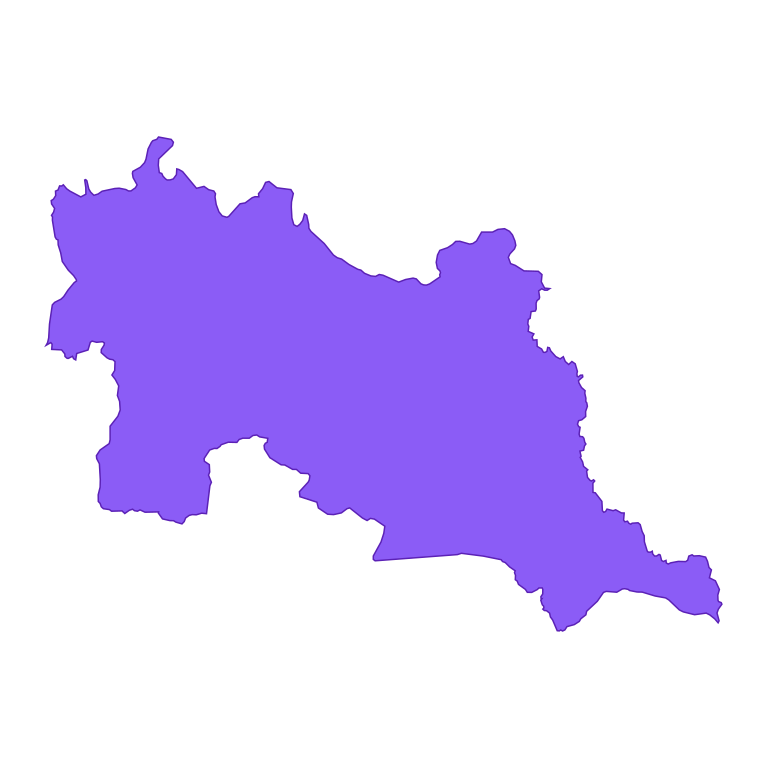 the district of Salemata, Kédougou, Senegal
{"feature_id": "50182788B75788529380727", "entity_name": "Salemata", "entity_type": "district", "adm_level": 2, "iso_a3": "SEN", "parent_name": "Senegal", "parent_adm1": "Kédougou", "projection": "robinson", "projection_center": [-12.812, 12.604], "detail": "fine", "context": "isolated", "style": "filled", "palette": "violet", "viewbox_px": 768, "rotation_deg": 0, "n_neighbors": 0, "source": "geoboundaries", "source_scale": "gbopen_adm2", "svg_char_len": 6064}
<svg xmlns="http://www.w3.org/2000/svg" viewBox="0 0 768 768"><path d="M63.3,184.8L61.8,186.0L59.6,185.9L58.0,190.0L55.5,191.1L55.7,195.6L53.4,199.2L51.2,200.6L51.6,204.0L54.6,208.4L53.6,212.1L51.5,215.4L52.5,216.9L52.4,220.2L55.1,236.9L56.4,239.2L58.0,239.9L58.2,244.9L60.7,252.9L62.3,261.5L68.3,270.2L73.6,275.6L76.3,279.6L76.5,281.0L74.2,282.6L68.0,290.1L63.7,296.6L61.1,299.1L54.6,302.4L52.3,304.9L49.5,324.0L48.7,337.8L47.6,342.6L46.1,345.3L50.8,342.6L52.1,344.2L51.7,349.4L61.6,349.9L64.8,353.9L65.0,356.5L67.1,358.3L68.3,358.4L72.5,356.3L73.6,358.7L75.7,359.9L76.7,353.5L88.0,350.0L90.3,342.3L92.1,341.1L96.6,342.3L102.5,341.7L104.4,343.0L104.1,345.1L101.3,349.5L101.2,352.6L107.0,357.8L109.7,359.2L112.9,359.7L115.0,361.6L114.7,370.5L111.9,375.0L115.3,379.4L118.7,385.9L117.4,395.5L119.6,401.4L120.2,410.0L117.9,416.2L110.1,426.2L110.1,439.8L109.2,443.6L100.1,450.0L96.4,455.7L96.7,458.6L99.4,463.8L100.3,479.7L100.1,487.2L98.2,494.8L98.3,501.5L100.1,503.4L101.3,506.8L103.4,508.7L109.5,509.6L111.5,511.2L122.0,510.9L124.8,513.5L129.3,510.3L132.6,509.2L134.5,510.7L137.5,511.2L140.0,509.9L145.0,512.2L158.6,511.9L158.3,513.0L162.5,518.9L169.9,520.6L173.6,520.7L175.8,522.1L182.0,523.9L184.2,521.6L185.6,518.0L189.2,515.4L192.2,514.6L196.3,514.8L201.6,513.2L206.5,513.7L209.9,485.7L211.4,482.3L208.5,475.1L209.7,472.0L209.3,464.6L204.4,461.3L204.1,458.6L205.3,456.7L209.7,450.0L214.2,448.4L217.0,448.5L220.0,446.4L221.2,444.7L228.3,442.2L236.9,442.4L239.1,439.5L242.8,438.2L249.3,438.2L252.9,435.5L256.8,435.0L259.7,436.9L267.8,438.3L267.2,442.3L265.3,443.3L264.1,445.5L264.5,449.1L269.9,457.7L281.1,464.8L284.8,465.0L292.6,469.4L296.4,469.4L300.7,473.2L308.2,473.6L309.9,475.8L309.2,480.2L308.1,482.2L299.4,491.7L299.9,496.7L316.9,502.2L318.4,508.0L327.6,514.2L333.6,514.6L341.4,512.9L347.0,508.7L349.7,507.9L362.4,518.0L367.1,520.5L370.4,518.4L374.4,519.1L384.8,526.2L383.8,533.3L381.0,542.0L373.3,556.0L373.3,559.4L375.1,560.8L457.4,554.6L461.4,553.3L483.3,556.1L501.2,559.7L502.5,561.5L505.3,562.6L509.7,567.0L515.2,570.8L514.5,572.6L515.5,575.3L515.3,579.7L517.2,581.1L518.5,584.4L525.4,589.4L527.3,592.3L531.7,592.4L537.2,589.6L538.9,588.0L542.1,587.9L542.8,589.3L542.7,594.0L540.9,596.7L541.1,598.8L541.9,598.7L540.8,600.2L542.3,604.8L543.6,606.1L543.9,607.9L542.8,609.1L544.3,610.5L546.5,610.7L549.6,613.1L550.4,616.9L552.7,620.1L557.2,630.7L559.3,630.9L560.7,630.0L562.6,631.0L564.9,629.9L567.0,626.6L574.3,624.6L579.3,621.4L580.8,618.8L585.9,614.8L586.6,611.3L597.3,601.3L603.5,592.4L606.2,591.4L616.8,592.2L622.3,589.0L624.7,588.7L628.2,589.4L629.5,590.5L637.1,592.0L642.2,592.1L655.1,596.0L665.6,597.9L668.8,599.9L679.3,609.9L683.3,611.9L694.6,614.7L706.2,613.1L709.8,614.9L714.7,618.8L718.1,622.8L719.1,620.8L717.0,613.0L718.4,609.1L721.9,604.2L721.2,602.6L718.6,601.6L718.0,600.4L717.8,595.1L719.4,589.5L715.4,580.8L709.4,577.8L711.4,569.9L709.0,567.5L707.5,561.3L705.6,557.1L699.3,555.7L693.8,556.0L692.1,554.8L688.8,556.1L687.7,560.2L685.7,561.6L678.3,561.4L670.8,562.8L668.2,564.0L666.3,563.0L666.0,560.4L663.3,561.5L661.6,560.5L660.2,555.0L659.0,554.4L656.6,556.0L654.5,556.0L652.6,553.7L652.3,551.2L650.4,552.2L648.2,552.1L647.2,551.0L644.4,541.8L644.2,535.7L642.1,531.4L640.2,524.6L638.1,522.8L632.1,523.2L630.8,524.2L628.9,523.3L627.5,521.2L624.9,521.8L623.6,520.2L624.2,513.0L621.3,512.9L615.7,509.8L613.1,510.7L607.0,509.1L605.6,511.5L603.8,512.3L602.4,510.7L601.9,501.4L595.3,492.8L593.0,492.4L592.9,483.2L594.7,481.0L593.6,479.8L591.4,481.0L590.1,480.4L587.5,477.4L586.6,471.1L587.8,469.8L583.6,466.4L582.6,461.9L580.2,457.4L581.1,456.3L579.9,451.1L583.6,450.2L584.5,445.9L585.9,444.0L584.8,442.3L583.9,438.3L582.6,436.7L579.9,436.5L579.1,434.1L580.1,427.3L578.7,426.6L577.5,424.2L578.6,420.7L581.8,419.8L585.7,416.5L585.6,411.5L587.4,406.3L586.8,402.9L585.8,401.5L585.9,398.2L584.8,393.2L585.1,390.7L581.5,387.5L578.9,382.8L578.5,380.6L582.8,376.9L582.5,375.1L580.4,375.2L578.4,376.9L577.2,376.3L576.9,373.6L577.4,371.4L575.2,363.8L571.9,361.5L568.7,364.5L565.3,361.5L563.3,356.7L560.1,358.9L555.8,356.6L550.8,351.0L549.4,347.8L547.7,347.4L546.9,351.4L545.1,352.4L543.4,352.3L541.6,349.0L537.2,346.4L536.9,339.8L533.2,340.1L532.1,337.0L533.9,333.9L528.2,331.4L528.8,326.3L527.8,324.0L528.3,319.4L530.1,318.4L531.1,311.6L535.4,311.0L536.2,309.0L536.1,303.2L537.0,300.6L539.2,298.9L539.6,297.3L538.7,290.9L541.7,288.8L544.7,290.2L547.3,290.2L549.7,288.6L544.6,288.1L541.3,281.8L542.0,274.6L538.3,271.3L524.0,270.9L515.3,265.4L510.6,263.6L508.3,257.3L509.9,253.9L514.5,248.9L515.8,245.4L514.9,240.9L512.5,235.0L509.5,231.3L504.6,228.7L497.9,229.4L492.5,232.1L481.6,232.1L476.5,241.0L472.9,243.5L469.7,244.1L459.9,241.3L455.7,241.4L452.5,244.5L447.5,247.7L439.8,250.4L437.5,255.0L436.2,262.4L437.4,268.4L440.0,271.0L440.5,272.8L439.7,274.7L440.1,276.8L429.7,283.9L426.4,285.1L423.6,284.9L420.9,283.8L416.3,278.9L413.1,278.1L405.6,279.5L398.7,282.1L383.0,275.2L379.2,274.5L375.6,276.4L370.8,275.9L364.5,273.3L360.9,270.1L357.8,269.3L349.0,264.5L341.6,259.1L337.2,257.7L333.4,255.0L324.2,243.5L311.0,231.5L308.9,228.3L308.7,224.5L306.7,215.4L304.5,213.9L302.7,220.5L299.8,224.3L297.1,226.4L293.8,224.7L291.9,218.0L291.3,207.1L291.5,201.9L293.3,193.5L290.9,189.6L276.9,187.8L269.0,181.5L265.6,182.4L262.6,188.7L258.5,193.7L258.8,196.8L255.0,196.7L252.2,197.7L245.2,202.9L240.0,203.8L228.8,216.3L227.0,217.3L222.2,215.9L218.9,211.8L216.2,204.5L215.0,196.9L215.5,193.7L213.8,191.0L208.7,189.7L204.0,186.4L196.5,188.3L182.6,171.6L178.9,169.5L176.8,168.9L176.4,174.7L173.3,178.9L170.2,179.9L167.2,180.0L165.5,178.9L163.0,176.2L161.8,173.5L159.3,172.6L158.3,165.3L158.7,158.9L172.5,145.6L173.4,142.2L171.2,139.4L158.5,137.0L156.8,139.3L152.8,140.7L151.4,142.4L148.1,148.9L146.0,159.2L144.6,162.6L140.4,167.2L132.8,171.4L132.4,173.4L133.1,177.7L137.1,184.9L135.4,187.8L131.0,190.9L128.6,191.0L125.8,189.5L119.2,188.2L114.8,188.5L102.1,191.2L98.1,194.0L93.9,195.3L90.7,192.2L88.8,189.0L86.9,180.8L85.7,179.6L84.7,180.0L85.8,187.7L85.9,194.2L80.8,196.9L69.9,191.1L66.7,188.8L63.3,184.8Z" fill="#8b5cf6" stroke="#5b21b6" stroke-width="1.5"/></svg>